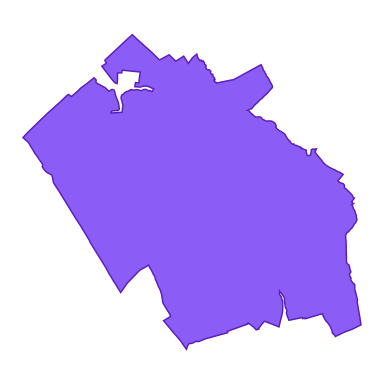 the district of Focuri, Iasi, Romania
{"feature_id": "2599482B56275033874011", "entity_name": "Focuri", "entity_type": "district", "adm_level": 2, "iso_a3": "ROU", "parent_name": "Romania", "parent_adm1": "Iasi", "projection": "natural_earth1", "projection_center": [27.203, 47.342], "detail": "fine", "context": "isolated", "style": "filled", "palette": "violet", "viewbox_px": 384, "rotation_deg": 0, "n_neighbors": 0, "source": "geoboundaries", "source_scale": "gbopen_adm2", "svg_char_len": 5868}
<svg xmlns="http://www.w3.org/2000/svg" viewBox="0 0 384 384"><path d="M261.0,64.7L234.0,79.5L218.5,82.6L216.9,83.2L216.2,82.4L215.8,82.6L215.2,82.0L214.9,82.0L214.8,81.6L214.6,81.3L214.7,81.1L214.0,80.4L214.0,80.1L214.9,79.7L215.0,79.3L214.4,78.8L214.6,78.0L212.7,75.8L212.9,74.5L212.7,74.2L211.7,74.2L210.7,73.4L210.4,72.7L210.8,71.8L210.6,71.1L210.2,70.6L209.2,69.8L208.4,69.9L206.7,69.2L205.6,67.2L206.1,66.2L205.9,65.1L204.9,64.3L204.5,63.8L204.4,62.7L203.0,60.8L201.9,61.3L201.0,60.1L200.0,60.7L198.4,58.6L197.8,58.0L198.0,57.7L197.4,56.4L196.8,54.1L192.3,57.9L188.4,63.4L183.7,56.2L175.8,61.2L169.1,54.8L159.5,60.0L152.0,52.6L137.2,39.3L132.3,34.7L125.8,40.5L121.5,44.6L105.2,59.8L105.0,60.2L104.9,60.7L106.3,62.8L106.2,63.4L101.8,66.2L111.6,79.0L114.2,82.1L115.1,82.9L117.1,83.6L117.5,79.1L117.5,73.0L117.7,72.9L121.7,72.9L122.3,70.2L140.2,72.0L140.3,72.1L140.3,72.6L139.9,74.6L139.2,79.1L139.0,81.9L138.8,82.9L135.5,82.6L134.8,86.7L139.9,87.1L143.6,86.2L145.6,86.0L147.2,86.2L149.5,87.0L153.7,89.0L152.0,91.7L150.6,90.8L150.0,90.5L148.6,90.9L148.2,90.9L147.9,90.4L146.4,89.5L144.7,89.4L143.7,89.5L142.2,90.2L142.0,90.5L141.3,90.6L137.0,89.6L135.7,89.7L134.4,90.2L131.8,89.6L130.9,89.6L130.4,89.7L130.0,90.2L130.0,90.5L129.7,90.6L129.3,90.5L127.9,91.3L126.6,91.5L126.1,91.8L124.4,92.9L123.4,94.1L122.2,94.8L121.6,95.5L121.2,96.5L121.1,97.6L121.2,98.9L121.8,100.7L122.4,103.3L122.9,104.7L122.1,112.3L111.0,113.0L110.9,112.4L111.4,111.7L112.2,110.9L113.0,110.7L114.2,110.8L116.0,110.5L118.0,110.5L118.7,110.1L119.1,109.6L119.2,109.1L119.3,108.5L118.5,102.8L115.8,96.2L114.4,90.5L114.1,90.2L113.2,89.6L111.9,89.4L108.9,91.3L105.1,87.6L100.4,85.2L99.7,84.5L98.2,84.1L97.5,83.6L97.3,83.2L96.8,83.2L96.4,83.0L96.0,82.4L95.9,81.1L96.2,80.6L96.0,79.7L94.0,77.8L87.3,83.2L80.6,88.2L77.4,91.4L71.3,96.6L68.7,94.5L68.0,94.6L63.2,99.0L60.4,101.8L47.5,113.3L43.2,117.4L28.8,131.4L24.6,135.8L23.0,137.7L24.2,138.5L25.7,140.1L27.9,142.0L28.8,143.0L30.2,145.6L33.3,150.6L34.8,153.4L36.1,154.8L39.4,159.8L41.8,163.0L42.8,165.0L42.6,165.9L42.2,166.6L42.7,167.5L43.7,169.0L45.4,171.1L46.2,171.8L48.3,173.3L51.0,174.5L51.9,175.6L52.4,177.1L53.0,180.0L53.3,180.9L53.2,181.9L54.2,183.9L59.1,191.3L75.7,218.4L80.0,224.9L89.3,240.2L90.2,242.4L92.5,246.2L105.8,267.6L109.4,274.3L111.3,277.1L112.9,280.1L116.4,285.4L117.8,287.9L120.7,292.5L127.3,283.1L138.7,271.3L140.4,269.8L145.8,266.9L148.5,265.1L148.8,265.3L149.7,267.8L151.2,269.8L153.3,274.2L154.6,276.3L155.1,277.4L155.4,279.7L156.5,281.5L158.4,286.5L160.7,291.1L160.8,292.1L161.7,294.7L162.0,296.8L162.0,297.8L162.5,299.8L162.7,302.3L163.1,303.2L163.7,304.4L169.9,314.3L170.6,316.2L170.5,316.5L163.6,320.7L174.5,333.9L175.8,335.2L180.6,340.9L186.4,349.3L186.5,349.1L187.6,345.7L188.2,345.0L188.9,343.8L189.5,343.5L190.9,343.5L192.4,343.1L193.7,342.6L194.9,341.9L195.5,341.4L196.2,341.2L197.0,341.6L198.7,341.6L205.4,338.8L227.7,332.7L227.5,331.3L247.8,324.0L247.5,323.4L248.5,323.0L252.1,326.0L253.9,327.3L255.8,329.5L256.4,329.8L256.8,329.8L257.4,329.0L258.8,329.3L259.1,327.7L260.5,326.1L260.9,325.3L264.4,321.3L267.9,322.5L279.0,326.9L280.3,321.3L281.8,315.4L282.6,311.3L282.7,309.0L282.7,304.3L282.5,301.3L281.2,296.7L279.4,294.3L279.4,293.8L279.6,291.0L280.9,292.9L282.8,295.3L284.4,298.0L284.5,299.2L284.4,301.0L284.9,303.8L285.1,306.2L285.5,307.5L286.9,310.3L287.0,310.8L286.4,312.2L286.4,312.7L287.5,317.0L288.2,318.1L288.8,320.2L289.4,320.2L302.0,317.6L302.3,317.6L302.6,318.6L305.4,318.1L305.4,318.7L318.3,314.9L318.6,314.6L322.7,313.9L323.2,316.0L324.7,318.9L326.0,321.1L327.2,322.1L329.9,325.9L331.9,330.2L332.2,331.3L332.1,332.5L332.3,332.9L332.8,333.5L333.5,334.0L335.1,336.0L335.3,336.5L345.2,331.8L351.6,329.5L361.0,324.9L360.1,318.9L357.2,302.1L357.2,301.2L357.5,300.5L357.4,299.3L354.7,288.9L354.8,285.1L354.4,284.1L352.8,283.0L352.1,281.9L351.1,280.7L350.7,279.5L351.0,278.5L351.0,277.9L349.9,276.3L349.9,275.5L349.8,275.1L349.3,274.3L349.3,274.1L350.6,272.6L350.8,271.8L350.5,270.5L350.0,269.6L349.8,268.9L349.7,267.3L348.9,264.9L347.4,263.9L346.9,263.1L346.5,261.8L346.4,255.2L346.3,254.5L346.1,254.4L345.9,254.2L346.4,253.2L346.2,250.2L346.1,241.7L345.8,239.0L345.6,235.2L347.0,232.6L347.3,232.3L348.6,231.8L350.2,229.5L351.9,228.1L353.8,225.1L354.3,224.2L355.9,222.2L357.0,219.8L356.4,217.4L356.3,215.4L356.1,214.8L355.4,213.5L355.4,212.9L355.1,212.1L355.1,211.5L354.4,210.1L353.8,209.3L353.0,207.4L352.7,207.1L352.7,206.4L352.5,205.6L351.9,205.0L351.6,204.6L353.6,203.6L351.6,202.0L354.4,198.0L353.4,197.6L352.9,197.1L352.6,195.9L351.9,194.7L346.3,189.1L344.4,187.8L344.5,185.6L344.0,184.5L343.3,183.8L342.5,183.4L341.2,183.1L339.4,182.1L338.3,181.2L337.9,180.5L338.2,180.4L340.3,178.0L343.2,174.4L339.2,172.0L338.0,171.7L335.0,170.0L333.2,169.2L329.0,167.1L325.6,164.9L322.7,161.9L322.1,160.9L316.4,154.0L315.2,152.3L315.1,151.9L316.4,148.8L315.6,148.9L314.9,149.3L314.4,149.4L313.7,149.1L312.7,149.0L311.3,149.7L311.1,152.6L310.8,153.5L310.6,154.9L310.4,155.2L309.1,155.5L307.7,155.5L307.0,154.8L306.5,153.7L306.2,150.1L303.9,149.3L301.1,148.2L301.4,147.7L300.1,146.9L298.1,146.3L296.7,145.5L294.8,145.1L293.7,144.3L293.7,143.9L293.0,144.1L292.1,143.9L291.5,143.5L290.2,141.7L290.1,141.3L288.9,140.3L288.7,139.9L287.9,139.3L287.0,138.0L285.3,134.9L284.2,133.6L281.1,131.5L279.5,130.8L277.1,128.9L275.8,127.1L275.8,126.6L276.2,126.1L276.0,125.3L275.4,123.9L274.6,122.9L273.1,121.9L271.6,121.1L267.9,120.9L266.7,121.3L266.4,121.2L263.1,119.5L262.2,118.9L261.0,117.3L260.8,117.2L258.9,116.8L256.3,117.1L255.8,117.0L253.9,115.9L252.7,114.5L250.8,113.0L248.9,110.9L248.4,110.5L247.8,110.4L250.2,109.1L251.7,108.7L254.2,105.6L258.0,102.0L259.7,100.1L260.8,99.1L262.0,98.5L263.1,97.1L267.5,93.1L270.3,89.8L272.0,88.0L272.5,87.2L272.3,85.8L268.2,77.9L266.2,75.6L265.9,74.0L264.9,72.8L264.8,72.2L264.4,71.3L263.1,70.2L263.1,69.2L262.9,68.3L261.0,64.7Z" fill="#8b5cf6" stroke="#5b21b6" stroke-width="1.5"/></svg>